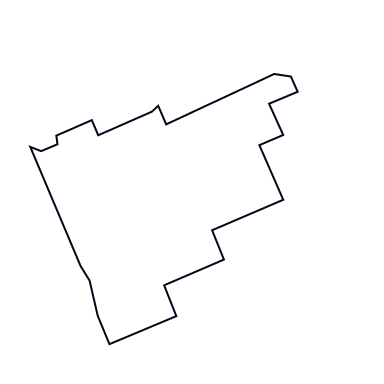 the district of Schley, Georgia, United States of America, rotated 66°
{"feature_id": "52423323B40186233786127", "entity_name": "Schley", "entity_type": "district", "adm_level": 2, "iso_a3": "USA", "parent_name": "United States of America", "parent_adm1": "Georgia", "projection": "mercator", "projection_center": [-84.335, 32.293], "detail": "fine", "context": "isolated", "style": "outline", "palette": "ink", "viewbox_px": 384, "rotation_deg": 66, "n_neighbors": 0, "source": "geoboundaries", "source_scale": "gbopen_adm2", "svg_char_len": 453}
<svg xmlns="http://www.w3.org/2000/svg" viewBox="0 0 384 384"><g transform="rotate(66 192 192)"><path d="M117.6,69.0L119.7,188.1L99.5,187.8L102.3,196.0L102.0,254.6L85.6,254.3L85.3,293.0L93.7,295.5L93.3,313.2L85.0,321.4L214.4,323.9L231.2,321.6L266.9,328.5L297.4,329.3L299.0,256.8L265.9,255.4L266.7,190.3L235.1,189.2L236.2,111.8L176.6,111.4L177.0,85.5L142.7,85.7L143.4,54.7L126.7,54.7L117.6,69.0Z" fill="none" stroke="#020617" stroke-width="2"/></g></svg>